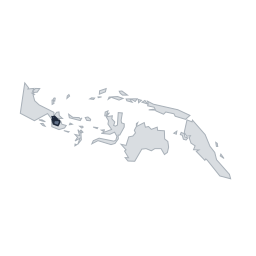 Teluk Bintuni, Papua Barat, Indonesia (highlighted), rotated 188°
{"feature_id": "22746128B11480476919105", "entity_name": "Teluk Bintuni", "entity_type": "district", "adm_level": 2, "iso_a3": "IDN", "parent_name": "Indonesia", "parent_adm1": "Papua Barat", "projection": "albers", "projection_center": [133.559, -2.087], "detail": "fine", "context": "in_parent", "style": "filled", "palette": "slate", "viewbox_px": 256, "rotation_deg": 188, "n_neighbors": 0, "source": "geoboundaries", "source_scale": "gbopen_adm2", "svg_char_len": 6437}
<svg xmlns="http://www.w3.org/2000/svg" viewBox="0 0 256 256"><g transform="rotate(188 128 128)"><path d="M88.2,106.8L92.4,112.2L98.6,111.3L101.7,108.7L107.2,110.1L111.4,109.0L116.7,96.0L123.4,95.3L126.7,98.3L123.3,98.6L128.2,104.7L126.9,106.1L132.6,110.9L127.5,110.5L126.0,119.3L122.1,120.7L119.9,124.2L121.4,126.6L120.0,130.5L112.7,135.6L110.9,131.2L107.9,132.3L104.7,129.9L99.2,132.9L98.4,129.8L91.6,130.3L90.2,122.3L86.7,120.2L85.1,114.7L85.6,109.3L88.2,106.8ZM19.3,92.0L30.4,93.3L45.0,107.1L46.7,108.2L47.4,106.7L57.1,114.3L54.8,116.1L60.1,115.6L59.1,119.7L63.5,121.8L66.0,126.7L65.1,129.1L68.6,128.0L71.7,131.4L70.7,144.2L65.4,143.0L65.3,144.8L50.7,132.2L44.3,121.3L38.7,115.9L35.9,108.9L21.1,96.2L19.3,92.0ZM236.7,127.6L236.5,158.3L232.0,153.9L232.5,152.7L226.7,154.1L227.7,151.0L226.1,149.5L226.6,149.2L227.6,149.4L228.1,149.2L225.4,148.0L226.6,147.6L224.2,142.0L219.2,138.5L203.6,133.2L203.0,129.6L200.9,133.6L198.6,134.3L197.8,130.7L194.2,128.3L202.3,127.5L203.4,125.1L195.7,125.7L194.0,122.5L189.5,121.9L190.8,119.2L196.1,116.8L203.6,118.7L204.7,126.1L209.7,131.1L221.7,122.2L236.7,127.6ZM160.6,110.6L155.2,113.9L140.2,113.0L138.4,114.2L137.8,118.1L140.7,122.0L145.0,119.3L153.7,119.0L144.0,124.3L148.4,129.1L148.3,132.5L151.2,136.1L145.2,137.9L145.3,134.8L141.9,132.1L142.6,128.5L140.7,128.1L138.9,129.4L139.8,141.9L135.7,142.1L135.9,134.6L135.1,132.2L132.3,131.6L131.9,128.4L135.2,119.8L136.8,119.6L136.1,115.9L138.7,110.9L142.5,109.2L156.0,111.3L161.6,107.3L160.6,110.6ZM72.2,144.6L82.9,146.2L84.5,148.5L92.8,149.1L94.7,146.6L102.7,148.8L105.0,152.2L111.6,152.7L111.5,155.6L112.5,157.3L106.2,155.1L81.1,153.0L68.4,149.1L72.2,144.6ZM174.1,111.2L178.6,107.8L176.6,111.7L179.6,114.2L174.8,113.8L177.4,119.4L173.9,116.3L172.6,109.8L175.5,104.8L174.1,111.2ZM176.3,128.7L187.5,130.0L188.7,133.4L184.1,130.9L177.9,131.5L176.0,130.1L175.0,131.7L176.3,128.7ZM151.0,156.0L142.8,157.7L137.0,156.6L140.8,154.4L148.9,156.1L151.6,153.7L151.0,156.0ZM127.4,154.1L132.9,154.8L133.9,156.5L122.9,158.2L124.6,155.2L128.4,156.9L129.6,156.2L127.4,154.1ZM161.1,157.5L161.3,160.9L155.1,164.0L155.4,160.7L161.1,157.5ZM71.6,124.6L73.2,128.3L75.3,128.8L74.7,131.1L71.5,130.1L70.4,127.0L67.3,126.5L68.8,124.2L71.6,124.6ZM225.1,154.3L220.9,154.8L222.9,150.9L226.2,150.1L227.2,151.6L225.1,154.3ZM138.0,159.8L140.6,161.4L141.8,163.2L139.2,163.8L133.1,160.5L138.0,159.8ZM170.0,129.8L171.8,132.4L169.2,133.3L166.2,131.4L166.4,129.9L170.0,129.8ZM111.9,154.5L117.7,155.5L115.1,157.6L111.9,154.5ZM121.0,154.5L121.9,157.7L118.5,157.3L121.0,154.5ZM81.9,129.2L79.2,131.7L79.3,128.6L81.9,129.2ZM206.4,140.8L207.1,144.9L205.8,145.1L204.7,142.1L206.4,140.8ZM110.0,148.8L105.5,150.1L103.6,149.5L110.0,148.8ZM152.7,136.9L152.8,140.6L150.2,142.2L151.2,137.2L152.7,136.9ZM28.7,111.2L32.8,113.2L32.4,115.1L28.7,111.2ZM39.1,126.0L37.5,125.2L36.6,122.2L37.9,122.1L39.1,126.0ZM191.2,152.9L190.3,151.5L192.6,148.8L192.6,151.2L191.2,152.9ZM186.5,115.5L191.2,116.5L185.9,116.1L186.5,115.5ZM158.4,123.1L162.7,124.1L158.0,124.1L158.4,123.1ZM150.7,138.7L148.5,140.5L150.5,137.2L150.7,138.7ZM210.3,118.2L212.7,118.6L215.0,120.3L212.8,120.7L210.3,118.2ZM169.9,151.5L168.3,152.8L165.2,153.0L166.0,151.5L169.9,151.5ZM206.3,145.6L205.3,147.5L204.2,147.4L204.3,144.4L206.3,145.6ZM176.1,123.0L173.3,123.4L172.5,122.7L173.7,121.5L176.1,123.0ZM210.7,122.7L214.2,123.0L217.4,123.7L214.3,124.1L210.7,122.7ZM151.3,121.0L154.1,122.2L151.2,122.9L151.3,121.0ZM178.2,104.7L176.3,104.4L178.1,102.9L178.2,104.7ZM158.5,155.1L161.7,153.9L162.0,154.6L158.5,155.1ZM186.5,123.1L186.0,124.8L183.6,124.0L184.8,123.5L186.5,123.1ZM120.3,133.5L119.1,134.7L120.0,131.1L120.3,133.5ZM173.3,116.7L174.8,119.0L174.2,119.4L172.0,117.6L173.3,116.7Z" fill="#d9dde1" stroke="#a8b0b8" stroke-width="1"/><path d="M202.2,129.3L202.4,129.4L202.7,129.3L203.1,129.1L204.1,128.7L204.4,128.6L204.6,128.6L204.4,128.2L204.4,127.9L204.2,127.6L204.1,127.4L204.1,127.0L204.1,126.6L204.0,126.1L204.0,125.5L203.8,124.6L203.6,124.7L203.2,124.7L203.1,124.4L203.0,124.0L203.0,123.7L203.1,123.2L203.1,122.7L202.9,122.7L202.6,122.7L202.2,122.7L202.2,122.4L202.1,121.8L202.2,121.6L201.9,121.5L201.5,121.4L201.0,121.3L200.9,121.3L200.6,121.2L200.4,121.1L200.2,121.1L199.5,121.0L199.0,120.9L198.8,120.8L198.4,120.7L198.0,120.7L197.7,120.7L197.7,120.9L197.1,121.8L197.0,122.7L196.9,122.9L196.8,123.2L196.7,123.3L196.6,123.7L196.5,123.9L196.5,124.2L196.5,124.5L196.6,124.9L196.7,125.2L196.9,125.5L197.1,125.5L197.2,125.8L197.3,125.8L197.5,125.9L197.5,126.0L197.8,125.9L198.1,125.7L198.3,125.7L198.4,125.8L198.5,125.9L198.8,125.9L198.8,126.0L198.9,125.9L199.0,125.9L199.2,125.7L199.3,125.7L199.5,125.7L199.8,125.5L200.1,125.5L200.3,125.5L200.5,125.6L200.8,125.6L201.0,125.6L201.3,125.7L201.5,125.7L201.8,125.6L201.7,125.5L201.8,125.5L201.8,125.4L201.9,125.5L202.0,125.6L202.4,125.5L202.4,125.4L202.5,125.4L202.8,125.3L203.0,125.2L203.3,125.1L203.5,125.0L203.3,125.2L203.3,125.3L203.2,125.3L203.2,125.5L202.9,125.6L202.7,125.7L202.8,125.8L202.9,126.0L203.0,126.0L203.1,125.9L203.2,126.0L203.4,126.0L203.5,126.0L203.5,125.9L203.4,125.9L203.5,125.8L203.5,125.7L203.4,125.7L203.5,125.7L203.5,125.4L203.5,125.5L203.6,125.8L203.5,126.0L203.4,126.0L203.1,126.1L203.2,126.3L203.3,126.4L203.7,126.4L203.6,126.5L203.4,126.5L203.3,126.4L203.2,126.4L203.0,126.5L202.8,126.6L202.6,126.6L202.6,126.8L202.8,126.8L202.8,127.0L202.6,127.0L202.4,127.0L202.3,127.3L202.2,127.2L201.8,127.3L201.7,127.2L201.5,127.3L201.4,127.2L201.2,127.0L201.3,127.2L201.2,127.2L200.9,127.2L200.7,126.9L200.5,126.7L200.4,126.6L200.2,126.6L199.9,126.6L199.7,126.7L199.5,126.8L199.4,126.9L199.2,127.0L199.9,127.6L200.8,128.3L201.1,128.5L201.4,128.6L201.8,129.0L202.1,129.2L202.2,129.3ZM201.3,126.5L201.2,126.5L201.3,126.6L201.4,126.8L201.5,126.8L201.7,127.0L201.8,126.9L201.7,126.7L201.3,126.5ZM202.9,125.5L203.0,125.5L203.0,125.4L202.9,125.3L202.8,125.5L202.9,125.5ZM202.6,125.5L202.5,125.4L202.5,125.5L202.4,125.6L202.6,125.6L202.7,125.4L202.6,125.5ZM200.6,126.6L200.6,126.8L200.8,126.9L200.8,126.7L200.6,126.6ZM202.6,125.7L202.3,125.8L202.5,125.8L202.6,125.7ZM202.3,127.2L202.2,127.0L202.2,126.9L202.1,127.0L202.3,127.2ZM203.2,125.3L203.2,125.2L203.2,125.3ZM203.2,125.2L203.3,125.2L203.2,125.1L203.2,125.2ZM202.0,126.9L201.9,126.9L201.9,127.0L202.0,127.1L202.0,126.9L202.0,126.9ZM201.9,127.2L201.8,127.3L201.8,127.2L201.9,127.2ZM201.1,126.9L201.1,127.0L201.1,126.9L201.1,126.9ZM202.0,125.7L201.9,125.6L202.0,125.7Z" fill="#64748b" stroke="#1e293b" stroke-width="1.5"/></g></svg>